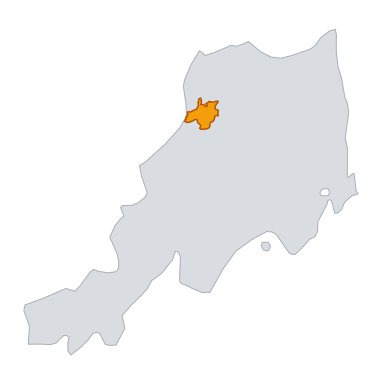 Vagharshapat, Armavir, Armenia shown in context, rotated 91°
{"feature_id": "60910142B34420650241433", "entity_name": "Vagharshapat", "entity_type": "district", "adm_level": 2, "iso_a3": "ARM", "parent_name": "Armenia", "parent_adm1": "Armavir", "projection": "mercator", "projection_center": [44.272, 40.151], "detail": "fine", "context": "in_parent", "style": "filled", "palette": "amber", "viewbox_px": 384, "rotation_deg": 91, "n_neighbors": 0, "source": "geoboundaries", "source_scale": "gbopen_adm2", "svg_char_len": 3339}
<svg xmlns="http://www.w3.org/2000/svg" viewBox="0 0 384 384"><g transform="rotate(91 192 192)"><path d="M166.4,245.0L162.8,239.1L144.6,219.8L127.7,205.0L116.1,198.9L104.5,199.5L86.4,202.5L79.7,201.3L63.9,194.8L50.8,187.1L52.6,183.9L55.3,181.6L52.0,171.6L44.7,155.5L45.5,150.4L43.2,143.4L40.6,138.1L50.9,125.5L55.7,115.3L56.7,105.4L53.9,95.0L47.1,76.3L42.9,70.9L35.2,65.8L28.6,57.4L27.0,51.5L32.5,50.4L48.5,50.2L64.1,48.2L76.3,44.3L93.9,41.0L101.2,38.1L109.7,36.7L135.4,39.8L145.1,37.4L174.1,37.0L174.8,35.8L170.9,31.8L170.9,30.3L188.2,27.8L190.9,25.9L193.1,32.2L199.6,39.2L206.7,42.1L210.5,45.9L210.7,48.9L198.1,52.4L197.3,54.2L198.1,55.9L201.9,56.8L219.4,65.6L229.4,65.8L234.7,68.4L237.3,73.7L245.7,80.8L252.4,87.7L252.8,90.1L251.5,93.6L232.8,107.1L230.5,111.7L230.2,116.6L238.4,131.2L250.5,147.2L267.9,159.3L292.0,172.4L292.3,180.5L288.4,190.1L285.2,196.6L283.7,201.0L280.8,202.9L256.9,202.5L253.3,204.1L251.7,205.9L251.6,207.5L260.2,210.4L273.6,220.7L281.3,230.7L289.4,235.0L298.4,242.9L305.6,250.3L316.9,259.8L329.4,256.7L346.2,265.2L346.9,270.9L345.8,276.1L335.3,281.7L334.0,284.0L334.0,285.9L335.4,288.7L341.6,293.3L348.8,300.0L357.0,310.2L353.4,313.2L345.7,313.6L339.8,312.4L337.7,314.5L337.8,317.8L345.5,325.5L347.1,331.1L346.7,340.8L347.1,353.0L329.0,352.2L313.5,358.1L307.7,356.9L303.8,346.5L300.5,338.1L290.6,316.4L293.3,307.4L287.8,302.3L274.5,293.0L271.1,289.2L273.0,283.9L274.3,274.3L273.0,266.5L269.5,264.1L262.9,264.0L254.8,265.9L238.7,273.4L227.4,268.6L221.0,263.8L217.2,259.7L208.8,263.1L206.8,261.4L206.3,251.4L203.8,245.9L198.8,239.6L194.0,236.6L176.8,242.8L166.4,245.0ZM193.2,62.7L193.7,58.9L192.9,55.6L190.1,54.5L186.7,55.4L186.4,59.1L187.5,62.7L190.9,64.2L193.2,62.7ZM248.7,119.7L244.7,121.9L241.0,120.9L241.0,115.2L243.7,112.9L246.8,113.0L249.7,115.1L248.7,119.7Z" fill="#d9dde1" stroke="#a8b0b8" stroke-width="1"/><path d="M102.2,177.4L102.9,178.8L103.7,179.8L104.3,178.6L106.2,178.6L106.4,179.7L105.4,181.0L104.4,181.9L104.4,183.4L104.2,184.7L102.2,184.1L99.6,184.4L98.0,185.0L98.6,186.6L100.4,187.0L102.3,187.5L105.3,187.1L107.6,188.2L108.9,188.7L109.6,190.3L110.6,192.1L111.0,193.3L112.0,194.6L111.9,195.7L112.0,197.0L112.0,197.6L112.5,197.6L113.0,197.9L113.3,198.0L113.6,198.0L113.9,197.9L114.2,197.7L114.4,197.6L114.6,197.6L115.1,197.6L115.3,197.8L115.4,198.0L115.5,198.2L115.7,198.4L115.9,198.4L116.2,198.4L116.6,198.4L116.8,198.4L116.9,198.8L116.9,199.0L117.1,199.3L117.4,199.4L117.5,199.4L117.8,199.2L118.2,199.1L118.5,199.0L118.8,199.0L119.1,199.1L119.3,199.2L119.3,199.4L119.4,199.6L119.7,199.8L119.9,200.0L120.1,200.1L120.3,200.1L120.6,200.1L120.9,199.9L121.1,199.9L121.3,200.0L121.4,200.3L121.5,200.5L122.4,198.8L122.4,197.1L122.2,195.4L121.2,193.5L120.8,192.0L119.7,190.9L119.4,190.0L119.5,188.8L120.0,187.9L121.4,187.9L122.4,187.5L123.5,186.6L124.4,185.1L125.0,184.7L125.9,184.6L127.0,184.8L127.9,185.3L128.2,185.3L129.1,184.4L129.0,181.0L128.5,178.0L128.1,177.1L127.6,176.3L126.2,175.3L122.9,175.2L122.1,174.6L121.5,173.2L120.8,172.1L119.1,171.0L117.5,170.7L115.9,170.6L115.4,169.8L115.2,168.8L115.2,167.1L113.1,167.5L111.8,167.5L110.6,167.1L109.7,167.5L109.0,169.4L108.3,170.2L107.3,170.5L105.7,170.2L103.5,169.0L101.6,167.5L101.1,167.5L100.7,168.0L100.9,169.6L101.7,172.0L101.9,172.9L101.5,174.8L101.2,176.2L101.5,177.0L102.2,177.4Z" fill="#f59e0b" stroke="#b45309" stroke-width="1.5"/></g></svg>